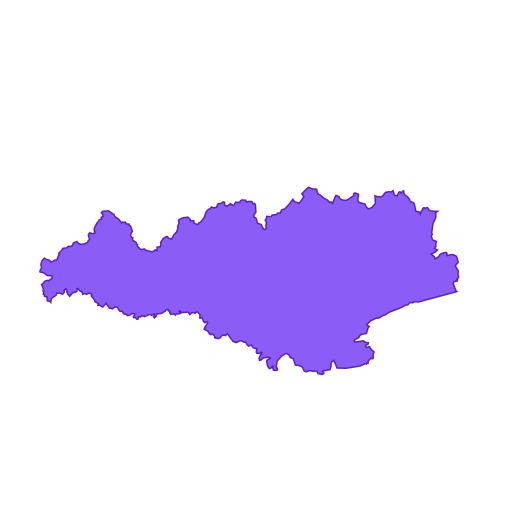 the district of Phouvong, Attapu, Laos, rotated 198°
{"feature_id": "54806243B34270486399712", "entity_name": "Phouvong", "entity_type": "district", "adm_level": 2, "iso_a3": "LAO", "parent_name": "Laos", "parent_adm1": "Attapu", "projection": "mercator", "projection_center": [107.075, 14.518], "detail": "fine", "context": "isolated", "style": "filled", "palette": "violet", "viewbox_px": 512, "rotation_deg": 198, "n_neighbors": 0, "source": "geoboundaries", "source_scale": "gbopen_adm2", "svg_char_len": 6126}
<svg xmlns="http://www.w3.org/2000/svg" viewBox="0 0 512 512"><g transform="rotate(198 256 256)"><path d="M54.0,284.2L55.1,284.7L60.0,290.8L59.9,292.7L56.8,294.5L56.9,295.6L57.9,296.0L56.9,297.4L56.8,298.7L58.1,300.7L59.2,304.6L63.6,308.3L61.7,312.5L65.2,317.6L67.5,318.2L70.3,317.9L74.2,315.5L75.7,318.1L77.5,317.7L81.2,314.8L82.3,311.4L84.8,308.7L86.1,310.4L90.0,312.0L86.8,315.1L85.3,317.8L88.4,318.2L87.8,320.7L88.6,321.9L88.9,325.6L93.1,325.9L95.4,329.0L95.0,330.9L96.1,332.6L97.7,341.4L96.9,348.0L98.4,353.1L97.2,354.5L103.2,352.9L105.6,353.2L107.7,355.0L108.6,354.8L109.4,353.7L111.2,353.9L112.1,352.7L111.9,351.3L112.7,349.6L112.8,346.6L114.9,348.4L117.9,348.0L121.3,354.2L123.1,355.5L126.3,355.4L127.5,357.4L130.5,359.3L133.3,360.0L135.0,361.7L135.5,363.3L136.2,363.5L137.6,360.6L138.8,361.5L139.7,361.0L140.4,356.7L143.2,356.7L145.8,360.5L147.1,358.7L149.7,358.1L152.5,356.5L154.3,351.8L155.3,350.8L159.3,349.9L161.4,350.1L158.7,342.8L160.6,338.0L163.7,335.5L166.1,336.6L168.5,339.1L174.9,338.8L176.5,340.7L177.5,346.3L181.5,346.6L182.3,345.6L181.8,343.3L187.2,336.9L190.9,335.9L193.8,336.4L195.2,338.0L197.8,338.5L198.9,338.0L199.4,329.7L201.3,330.7L202.2,329.6L205.3,331.3L208.5,331.7L213.5,333.8L215.7,334.0L217.5,335.6L218.9,338.2L223.1,337.2L227.4,337.6L231.7,329.4L228.8,327.2L231.1,319.6L236.1,319.6L238.5,321.3L240.5,315.2L243.4,309.4L245.9,307.8L246.2,304.3L248.8,303.4L249.1,301.9L253.1,300.0L254.1,298.0L258.1,296.9L257.7,295.3L258.3,292.9L256.4,291.2L256.1,288.2L254.7,285.6L256.0,283.8L257.2,283.9L260.9,287.6L264.5,287.5L267.6,291.9L270.3,292.7L270.7,294.8L269.6,297.3L271.5,302.5L272.6,304.8L273.8,305.6L275.1,304.8L276.7,306.5L279.8,305.7L281.7,304.3L283.0,305.9L287.0,304.8L287.9,303.6L288.0,301.8L291.9,301.0L292.9,297.1L295.5,297.2L296.3,298.0L298.6,294.6L301.8,294.7L302.4,297.3L303.9,297.3L305.7,295.1L307.8,294.3L308.5,293.2L308.5,290.2L311.0,288.7L313.5,288.8L314.5,286.3L315.7,285.7L317.0,282.8L317.2,276.2L319.2,271.0L320.6,269.7L320.8,268.3L321.9,267.8L325.2,268.1L326.1,270.3L329.0,269.0L330.1,270.6L332.8,271.9L337.5,269.6L340.4,266.8L340.6,265.7L339.4,263.7L339.6,259.5L338.8,258.5L339.0,254.2L340.6,250.9L341.5,246.1L344.1,245.8L346.7,247.1L347.8,246.2L349.6,244.0L350.9,239.4L350.1,238.0L349.8,235.3L352.8,233.8L351.7,230.5L353.7,230.7L355.0,228.7L356.8,227.8L362.5,227.4L364.1,228.2L367.9,226.5L371.8,228.8L372.3,230.2L373.3,230.3L374.1,231.8L378.3,233.1L378.9,235.4L379.8,235.1L381.5,236.7L381.9,238.7L381.2,241.2L383.5,244.5L384.8,245.8L385.7,245.7L386.5,247.1L389.4,246.5L390.8,247.9L392.5,246.9L393.6,247.0L394.1,246.0L398.2,248.7L402.3,249.8L403.9,251.6L410.2,253.4L415.7,251.1L416.5,249.3L415.2,248.8L413.5,246.7L415.1,245.0L414.3,243.6L416.1,242.0L417.6,237.5L418.3,232.1L417.6,229.9L416.2,229.1L416.2,228.4L418.4,226.6L421.4,226.7L422.0,224.1L419.5,220.6L419.4,220.0L420.3,219.1L420.2,217.3L423.0,214.3L426.3,213.0L428.5,213.1L430.9,214.4L433.8,211.8L433.7,209.4L435.3,207.6L437.5,207.3L438.5,205.2L442.1,203.6L443.0,200.0L444.4,198.1L443.8,195.7L444.3,190.3L446.0,190.1L447.4,188.1L449.4,187.0L451.2,188.2L453.8,187.8L456.8,188.5L458.0,185.3L458.0,181.6L456.2,178.3L456.9,175.8L456.5,174.1L452.3,174.4L448.5,172.9L444.0,174.0L443.0,171.6L444.7,169.9L444.8,168.9L447.4,168.1L449.4,166.4L449.3,165.2L451.1,162.6L447.8,158.7L447.8,156.9L446.6,156.2L446.6,154.0L445.4,153.7L444.6,152.2L442.2,152.6L440.6,148.8L438.5,149.3L436.8,148.5L437.7,152.1L434.0,156.8L434.0,159.2L430.2,160.2L428.1,159.8L427.1,162.4L427.8,164.2L426.5,166.2L423.7,162.0L420.7,160.0L419.2,164.1L417.9,164.8L417.7,165.9L416.5,165.8L415.5,166.8L416.0,169.7L415.6,170.1L412.4,168.2L410.2,168.2L409.2,166.1L407.5,167.2L405.0,167.4L403.2,169.2L401.2,169.1L400.1,168.2L400.3,167.1L396.0,164.4L395.2,162.8L391.2,162.0L391.2,160.2L389.3,160.8L386.0,160.0L384.0,164.7L379.2,161.0L378.2,161.5L376.2,161.3L374.9,163.4L373.0,164.6L371.0,163.7L370.3,162.6L368.1,161.3L366.0,162.1L364.3,160.2L361.2,160.3L360.1,159.6L358.5,160.2L355.6,163.1L353.7,163.6L353.2,162.3L354.0,160.4L353.1,159.6L351.6,160.1L349.5,159.0L348.6,159.7L349.2,160.9L348.9,161.8L347.0,162.3L346.2,163.9L343.1,164.0L339.9,167.0L338.1,167.8L337.0,167.4L334.8,169.5L334.2,168.7L334.8,166.5L333.5,165.8L332.2,168.2L332.5,170.2L328.5,171.9L325.2,175.5L324.8,177.1L323.0,178.0L322.3,176.7L321.2,177.1L320.6,175.5L319.1,174.2L316.0,175.7L314.5,174.8L313.6,176.6L311.5,176.9L309.9,178.5L311.9,179.6L311.7,180.3L309.0,179.3L303.2,181.7L300.9,179.8L299.4,182.3L298.1,182.8L296.4,182.6L294.7,184.9L291.3,183.1L290.2,179.6L288.1,180.5L286.2,178.0L284.0,176.7L282.9,178.2L281.8,178.2L281.3,177.3L282.8,171.9L282.6,170.3L278.5,169.6L276.2,167.5L274.7,167.2L272.7,168.4L270.3,166.7L270.0,165.4L266.3,165.8L265.1,166.7L263.8,169.8L262.4,170.8L260.6,170.8L259.2,173.3L251.5,167.7L248.1,167.5L245.3,170.2L243.8,170.9L240.8,170.4L239.0,170.8L236.9,168.7L235.2,168.0L232.9,169.9L230.3,167.8L226.6,168.0L226.0,164.6L225.1,163.8L223.0,164.1L221.2,166.1L220.5,165.9L220.1,165.2L221.0,163.8L221.5,159.8L220.4,157.9L219.1,158.6L217.7,161.3L212.3,163.8L211.1,163.7L210.7,163.3L213.3,160.5L213.5,159.3L210.7,154.5L208.4,153.1L207.4,153.5L206.2,156.8L205.4,156.3L205.7,155.2L204.1,152.7L200.8,153.7L200.4,154.7L201.2,155.9L202.3,156.2L203.5,162.4L200.6,169.0L197.2,172.7L194.3,172.3L192.2,170.1L188.8,169.8L184.7,164.4L182.0,165.1L177.6,164.8L174.7,161.6L172.4,161.4L169.3,163.7L165.8,164.0L163.6,165.3L161.9,164.9L161.0,163.4L156.3,163.8L155.3,165.1L155.6,166.2L157.0,166.7L156.8,167.4L150.5,170.7L150.5,174.1L151.5,177.0L151.2,178.9L149.7,180.8L144.3,174.5L135.6,177.1L122.9,183.6L118.3,187.7L117.5,187.4L117.2,188.4L116.2,188.8L116.9,190.6L115.3,193.9L113.1,194.5L113.1,196.0L114.1,197.9L114.1,201.3L118.7,203.3L119.8,204.8L120.7,204.8L122.5,203.0L124.1,204.1L124.2,204.8L122.1,207.0L122.5,208.2L125.6,207.7L127.6,208.5L135.2,204.7L136.3,205.1L136.2,206.8L133.0,210.1L132.8,212.1L131.5,214.1L127.0,216.5L127.3,221.8L126.5,224.0L129.2,224.5L129.4,225.3L127.0,229.7L122.3,234.2L120.1,234.8L116.5,239.1L115.0,239.7L112.3,243.4L102.5,251.4L98.6,255.5L96.5,256.5L95.2,259.2L92.8,259.9L90.9,261.6L87.4,262.4L54.0,284.2Z" fill="#8b5cf6" stroke="#5b21b6" stroke-width="1.5"/></g></svg>